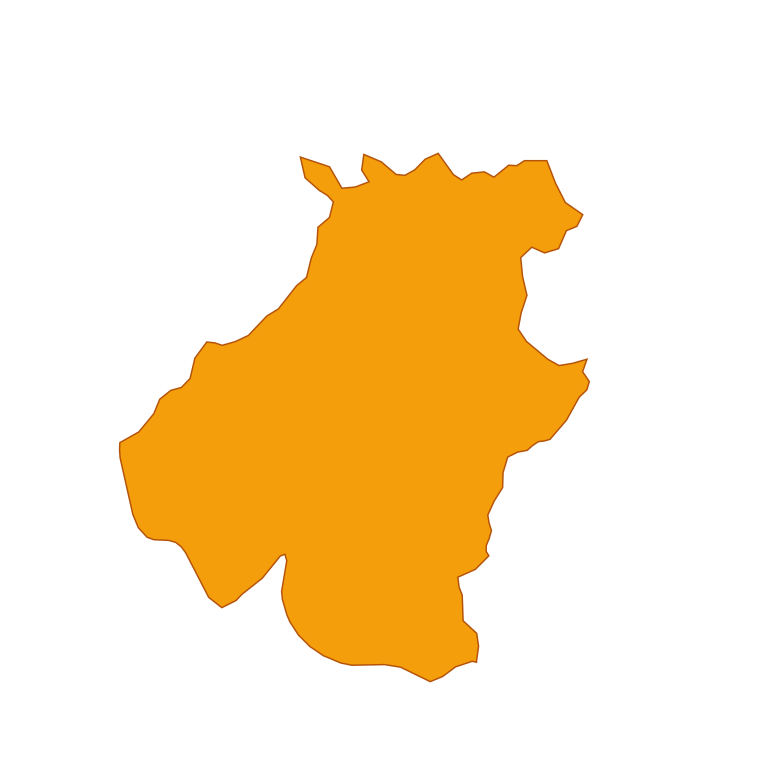 Mtskheta-Mtianeti, Albers equal-area conic projection, rotated 207°
{"feature_id": "GEO-3034", "entity_name": "Mtskheta-Mtianeti", "entity_type": "Region", "adm_level": 1, "iso_a3": "GEO", "parent_name": "Georgia", "parent_adm1": "", "projection": "albers", "projection_center": [44.706, 42.223], "detail": "fine", "context": "isolated", "style": "filled", "palette": "amber", "viewbox_px": 768, "rotation_deg": 207, "n_neighbors": 0, "source": "natural_earth", "source_scale": "10m", "svg_char_len": 1827}
<svg xmlns="http://www.w3.org/2000/svg" viewBox="0 0 768 768"><g transform="rotate(207 384 384)"><path d="M427.0,111.1L443.3,114.3L484.1,143.6L490.7,146.9L497.6,148.3L504.6,147.0L508.0,145.5L518.4,140.8L525.5,139.9L537.6,144.4L548.5,153.7L585.6,198.4L589.7,205.2L592.7,211.8L592.6,212.0L580.7,230.0L575.6,253.1L576.9,268.6L571.1,281.5L562.9,289.0L559.3,300.9L564.2,321.2L561.0,340.9L553.6,343.8L545.7,345.0L536.0,354.0L526.9,365.6L519.3,391.3L512.2,402.9L506.5,432.0L501.4,443.8L506.0,463.4L507.1,477.7L514.0,493.7L508.2,507.6L511.8,523.3L520.3,526.4L529.4,527.1L547.9,531.9L561.5,548.2L531.2,552.8L510.4,539.3L499.2,546.3L489.1,557.4L501.0,564.5L506.2,579.4L487.3,580.7L468.3,576.2L460.1,579.4L453.8,588.8L449.3,603.1L440.4,614.1L417.1,602.0L407.4,601.1L401.5,611.7L390.8,618.6L379.9,618.2L372.2,635.6L364.9,638.7L360.2,646.8L340.3,656.9L322.4,640.8L304.8,628.0L283.8,625.1L283.7,612.1L291.1,603.4L289.9,583.8L300.5,573.7L314.4,573.0L319.6,558.7L309.3,542.6L296.9,527.9L294.1,509.7L290.9,498.8L290.6,497.8L289.4,493.8L276.4,486.6L249.4,480.4L236.4,479.9L225.4,488.0L219.5,493.5L214.4,498.2L212.6,485.1L202.2,479.4L200.6,471.0L203.8,461.7L204.1,460.9L205.0,434.8L211.0,410.0L215.5,405.9L220.3,402.7L223.7,396.6L226.3,389.9L234.1,383.9L240.6,375.1L237.7,359.1L231.3,345.6L232.7,329.7L232.0,314.3L226.9,307.4L221.8,302.3L220.2,294.4L219.5,286.3L216.8,281.1L212.6,278.5L218.4,260.4L230.5,245.4L224.8,237.0L218.4,231.3L206.0,208.9L188.2,203.9L180.7,193.3L176.0,179.8L175.3,178.1L179.6,176.9L184.9,171.5L191.9,164.4L198.9,150.1L207.7,139.8L240.8,139.2L256.0,134.3L285.1,118.8L295.9,115.8L314.7,114.4L330.6,116.4L344.7,121.0L346.1,121.4L359.9,129.4L365.7,134.2L376.7,145.9L381.1,152.8L390.4,182.4L395.0,187.3L398.3,183.7L404.3,155.7L415.1,132.2L417.5,124.0L427.0,111.1Z" fill="#f59e0b" stroke="#b45309" stroke-width="1.5"/></g></svg>